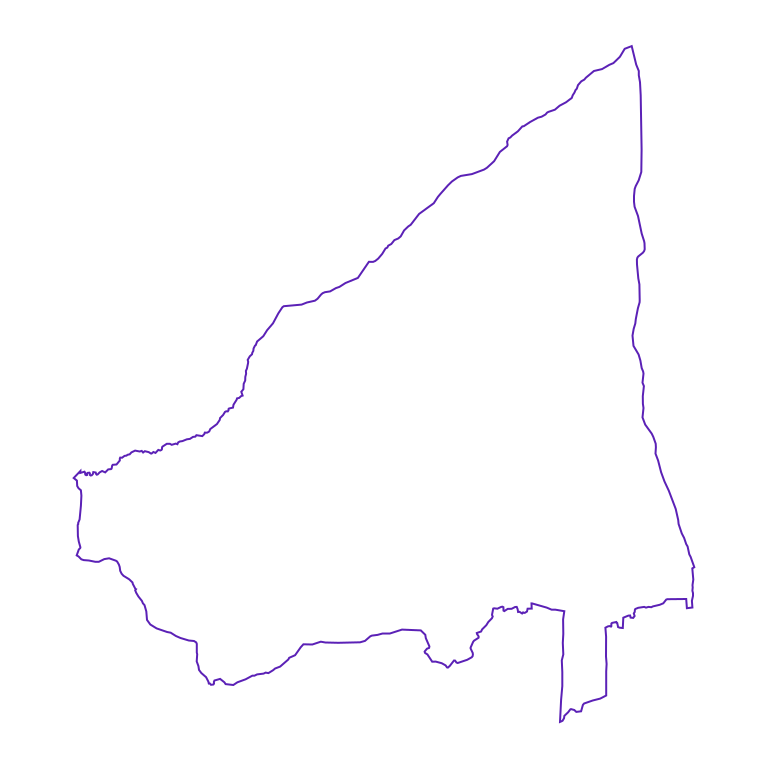 Lapos, Buzau, Romania
{"feature_id": "2599482B27443512706553", "entity_name": "Lapos", "entity_type": "district", "adm_level": 2, "iso_a3": "ROU", "parent_name": "Romania", "parent_adm1": "Buzau", "projection": "orthographic", "projection_center": [26.415, 45.162], "detail": "fine", "context": "isolated", "style": "outline", "palette": "violet", "viewbox_px": 768, "rotation_deg": 0, "n_neighbors": 0, "source": "geoboundaries", "source_scale": "gbopen_adm2", "svg_char_len": 6050}
<svg xmlns="http://www.w3.org/2000/svg" viewBox="0 0 768 768"><path d="M560.0,721.9L562.5,720.8L564.0,718.3L564.4,715.8L568.1,712.3L570.3,709.4L571.0,709.1L574.3,710.0L576.3,711.9L581.1,711.3L582.9,704.9L584.1,703.5L592.7,700.5L600.2,698.6L606.2,695.5L606.2,671.4L606.6,664.0L606.0,656.5L606.1,636.7L605.4,627.7L608.1,626.3L609.8,626.1L611.0,626.6L611.3,626.3L611.4,623.5L612.1,622.9L616.3,622.0L616.5,622.8L617.2,623.0L618.1,627.1L619.7,627.7L622.8,628.0L623.3,617.7L628.4,615.6L630.1,615.5L630.6,617.6L633.2,617.9L634.6,616.0L633.8,613.4L634.7,612.0L634.9,609.8L635.3,609.0L638.2,607.8L644.2,606.9L646.0,607.6L648.5,606.9L651.3,607.2L652.9,606.4L659.7,604.8L663.3,603.3L666.2,599.6L667.3,599.2L686.2,599.0L686.9,608.2L692.4,607.5L691.9,600.8L693.0,595.9L693.0,593.1L692.4,590.7L692.7,587.5L692.5,585.1L693.3,579.6L692.3,568.4L694.3,567.2L690.6,556.8L689.3,554.4L687.6,546.5L686.2,544.1L684.1,537.9L681.8,533.5L678.6,524.0L678.2,520.0L675.7,508.9L668.8,490.7L664.5,481.5L661.1,472.2L658.1,460.5L655.5,453.6L655.9,447.2L655.7,443.7L653.3,436.9L651.7,433.6L645.2,424.6L642.5,417.4L643.5,408.0L642.9,403.9L642.8,396.1L643.9,386.1L642.5,382.7L643.5,373.6L643.1,371.4L641.7,368.1L640.4,360.6L638.6,354.5L633.5,345.9L632.5,335.6L633.7,328.8L635.3,323.5L635.8,319.1L637.9,308.3L639.6,302.3L639.7,300.3L639.4,284.4L638.3,278.3L637.0,264.5L636.9,259.5L637.4,257.6L638.2,256.5L642.9,252.7L644.1,251.1L644.7,249.3L644.5,243.2L644.1,241.1L641.7,233.6L638.0,216.0L634.6,206.8L634.0,201.8L634.0,196.0L634.7,188.9L635.7,186.1L638.7,180.3L641.3,172.0L641.6,149.6L640.7,95.3L640.0,82.2L638.8,75.3L638.8,71.0L636.2,64.6L631.7,46.1L624.7,48.8L619.9,56.8L613.4,63.1L609.4,64.8L602.0,69.1L593.9,71.0L585.9,77.7L584.3,79.6L581.3,81.3L578.0,85.1L576.8,88.7L575.5,90.1L574.5,92.5L572.7,95.3L571.8,97.9L566.0,102.3L559.6,105.7L554.9,109.7L548.4,111.9L547.1,112.6L545.5,114.5L541.6,116.7L537.9,117.7L530.1,122.0L523.8,126.2L522.3,126.4L517.9,131.3L512.1,135.6L510.3,137.5L508.6,138.3L507.1,141.6L507.6,144.9L507.1,146.2L499.9,151.9L494.1,161.2L486.9,167.8L484.0,169.6L471.9,174.1L460.9,175.9L457.7,177.4L451.9,181.5L448.0,185.3L440.4,193.9L437.9,196.9L433.8,203.2L419.1,213.9L410.7,224.8L408.3,226.4L404.1,230.4L400.7,236.4L398.2,238.5L394.4,240.1L391.3,244.0L388.2,245.7L387.3,247.6L385.5,248.5L382.2,253.9L378.2,258.6L375.2,261.0L373.0,261.9L368.9,261.8L357.9,277.9L345.5,283.0L339.4,286.9L335.9,288.1L330.1,291.4L324.9,292.2L322.6,293.2L321.0,294.6L317.5,298.8L314.9,300.7L306.9,302.5L301.6,304.6L283.8,306.2L282.4,307.2L278.3,313.4L273.0,323.3L267.1,330.2L263.3,336.2L257.1,341.5L255.7,345.2L255.0,345.6L253.6,348.4L253.3,350.9L252.3,352.7L252.0,354.3L249.8,356.3L247.7,359.9L248.2,361.8L248.0,363.4L246.9,368.7L245.9,370.9L246.1,373.8L245.3,376.9L245.2,380.5L243.7,383.8L243.4,389.2L241.3,391.8L242.6,395.6L241.1,396.1L239.2,397.9L237.0,398.4L236.7,399.6L233.5,404.7L233.0,407.6L229.0,408.5L228.5,409.1L228.5,410.3L227.8,411.4L226.2,411.3L225.0,411.9L223.1,415.0L220.1,418.0L219.7,420.0L216.9,424.1L210.3,429.0L209.3,431.3L208.6,431.9L207.0,432.7L204.8,432.6L204.3,434.1L202.3,436.1L196.4,435.2L195.4,436.6L193.0,436.9L189.9,438.9L186.9,439.3L182.4,441.1L179.8,441.5L178.2,442.4L177.4,444.2L175.8,443.6L171.7,444.8L169.9,443.8L166.8,443.8L162.5,446.6L162.1,447.2L161.9,449.3L161.4,450.0L160.2,450.5L158.3,449.9L155.5,452.9L153.4,452.0L151.6,453.5L150.9,453.5L148.7,452.1L144.8,451.2L143.1,452.5L141.7,450.9L139.7,451.5L135.1,450.6L131.4,452.4L129.7,454.3L127.5,454.8L126.5,455.6L124.5,455.9L122.1,457.7L120.2,457.6L119.8,458.6L119.8,460.5L116.5,464.5L112.8,464.8L112.2,465.5L111.6,468.6L111.0,469.1L108.2,469.4L105.2,472.4L102.1,471.0L99.6,472.4L97.7,474.4L96.8,474.7L96.2,474.2L95.7,472.5L93.3,472.1L92.8,474.2L91.7,475.3L90.6,475.5L89.7,474.8L89.9,473.4L89.4,472.7L87.5,472.9L87.1,473.4L87.0,475.0L86.2,475.2L85.3,474.6L85.0,472.5L84.5,471.7L80.4,472.9L80.4,471.0L73.7,478.0L76.9,480.6L77.2,486.0L78.5,488.2L80.9,490.3L81.4,495.7L80.9,505.9L79.6,519.4L78.1,523.1L78.3,523.9L77.7,525.0L77.9,536.1L78.8,541.6L80.4,547.3L80.2,548.1L78.8,549.5L76.7,555.4L78.6,556.5L81.3,559.3L83.7,560.1L88.9,560.5L95.3,561.8L98.8,561.8L104.3,559.1L109.1,558.3L115.9,560.7L117.1,561.5L118.9,564.6L119.7,567.0L120.2,570.8L121.6,573.7L123.5,575.8L129.2,579.3L132.5,582.5L132.8,583.9L135.4,588.9L136.0,589.2L135.2,590.3L136.2,592.8L138.4,596.5L141.9,600.9L142.9,603.3L144.5,605.1L146.3,611.4L147.0,619.9L150.3,624.5L156.6,628.4L167.1,632.0L170.7,632.7L175.9,636.0L180.5,638.0L188.8,640.5L194.0,641.0L196.2,642.4L196.8,643.9L196.8,652.6L197.2,654.2L196.7,661.4L198.4,666.0L199.0,669.9L201.3,673.0L206.1,677.2L208.4,681.7L208.8,683.5L209.7,683.4L211.0,684.8L213.4,684.5L214.0,683.6L213.9,681.8L214.5,680.5L220.1,678.9L224.4,682.3L225.6,684.1L233.3,685.0L237.4,682.3L245.6,679.3L252.3,675.7L254.4,675.7L257.1,674.4L263.6,673.6L265.6,672.6L268.4,673.1L273.1,670.2L275.1,668.5L280.1,666.6L288.3,659.5L289.2,657.8L295.1,655.2L300.7,647.3L303.4,644.3L312.3,644.5L320.8,641.7L325.4,642.5L338.3,642.8L360.1,642.3L365.0,640.9L370.3,636.3L371.9,635.6L377.5,634.9L382.6,633.5L389.9,633.5L402.0,629.6L420.8,630.4L425.3,634.8L425.8,638.1L429.4,646.4L429.1,647.9L427.0,648.7L424.9,651.2L424.6,651.7L425.1,653.0L427.4,654.4L432.2,661.7L435.7,661.6L441.7,663.2L445.6,665.4L447.0,667.4L447.9,667.6L449.8,665.9L454.0,660.5L455.1,660.6L456.4,662.5L457.7,663.0L467.2,659.8L471.7,657.3L472.6,656.2L472.9,654.5L472.7,652.9L470.6,648.5L470.6,647.6L473.1,641.9L474.0,640.7L478.5,637.8L478.7,636.9L478.4,636.0L477.0,634.0L476.8,633.0L481.1,631.5L482.1,629.4L486.3,625.2L488.3,622.0L491.9,618.3L492.7,616.5L492.0,614.9L493.2,608.6L494.1,608.3L497.4,608.7L501.2,606.9L502.5,606.7L503.4,607.2L503.5,610.6L504.3,611.1L507.7,608.9L511.6,608.8L515.1,607.0L516.7,606.9L517.6,609.1L518.1,612.0L519.5,611.8L522.1,613.5L523.1,612.4L524.0,612.9L524.9,612.8L527.0,611.5L527.6,608.7L531.7,608.6L531.5,603.4L532.0,603.4L546.7,607.6L551.7,609.7L555.5,609.7L564.3,611.2L563.1,619.4L563.3,633.9L562.8,642.9L563.3,654.4L561.8,660.4L562.3,672.1L562.3,686.2L561.1,699.8L560.0,721.9Z" fill="none" stroke="#5b21b6" stroke-width="2"/></svg>